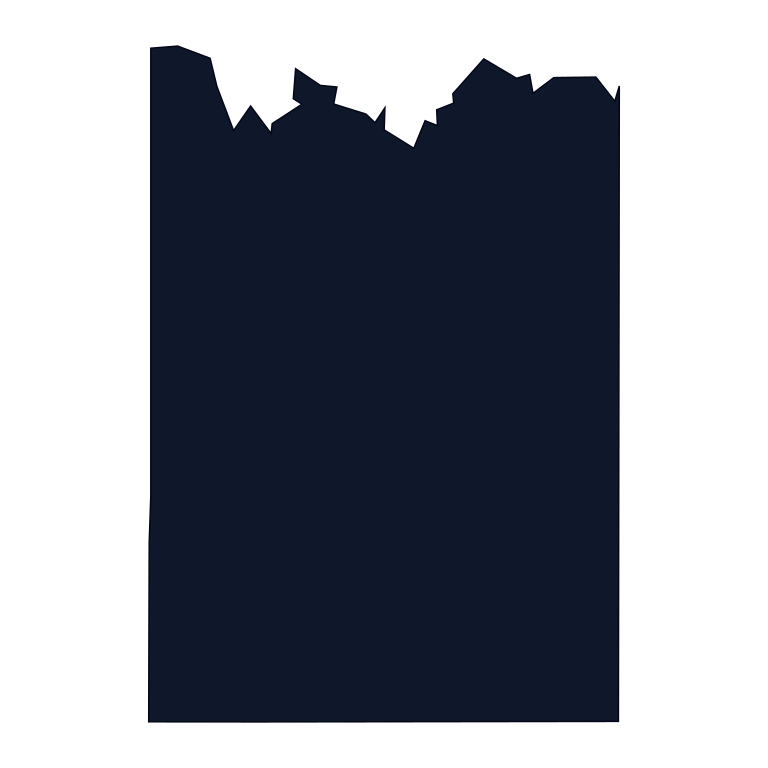 outline of McCulloch, Texas, United States of America
{"feature_id": "52423323B18546494380839", "entity_name": "McCulloch", "entity_type": "district", "adm_level": 2, "iso_a3": "USA", "parent_name": "United States of America", "parent_adm1": "Texas", "projection": "equal_earth", "projection_center": [-99.373, 31.217], "detail": "fine", "context": "isolated", "style": "filled", "palette": "ink", "viewbox_px": 768, "rotation_deg": 0, "n_neighbors": 0, "source": "geoboundaries", "source_scale": "gbopen_adm2", "svg_char_len": 572}
<svg xmlns="http://www.w3.org/2000/svg" viewBox="0 0 768 768"><path d="M149.2,542.4L148.7,721.8L257.9,721.9L618.4,721.4L619.3,86.0L614.8,101.2L595.9,77.1L553.8,77.6L533.0,93.3L529.6,74.5L516.6,78.3L483.8,58.9L452.8,93.8L453.7,103.1L436.7,109.8L437.4,125.6L425.1,120.7L413.8,148.3L384.2,129.9L384.9,107.8L375.0,122.7L366.0,114.1L333.7,104.0L336.9,87.0L320.3,85.4L295.6,68.7L293.3,98.7L302.0,104.2L272.2,123.6L271.1,133.5L250.6,106.0L233.6,130.6L216.9,86.4L210.1,58.3L177.7,46.1L150.8,48.2L150.8,496.1L149.2,542.4Z" fill="#0f172a" stroke="#020617" stroke-width="1.5"/></svg>